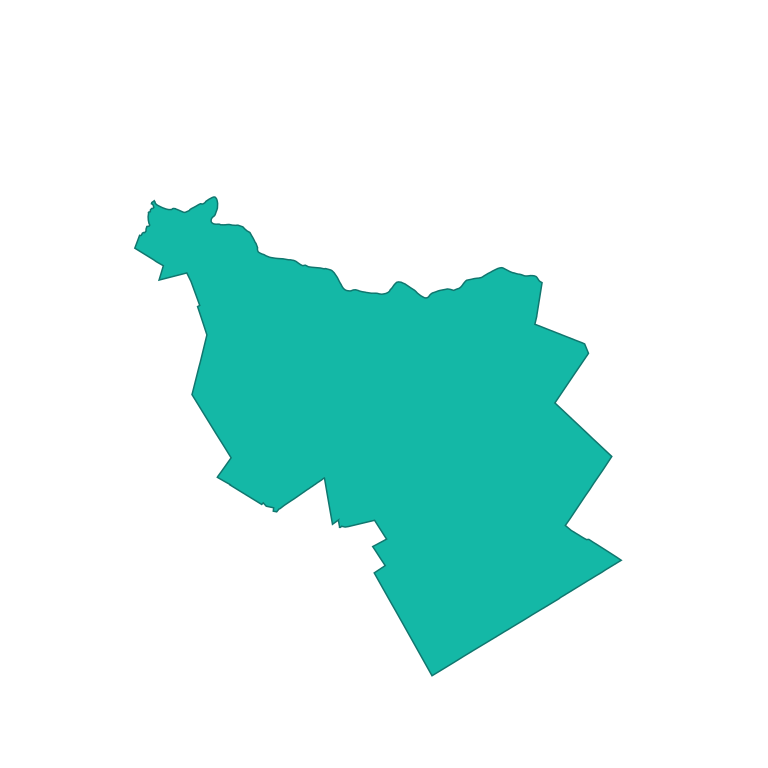 the district of Guerrero, Coahuila, Mexico, rotated 314°
{"feature_id": "50627088B28083225707634", "entity_name": "Guerrero", "entity_type": "district", "adm_level": 2, "iso_a3": "MEX", "parent_name": "Mexico", "parent_adm1": "Coahuila", "projection": "natural_earth1", "projection_center": [-100.347, 28.15], "detail": "fine", "context": "isolated", "style": "filled", "palette": "teal", "viewbox_px": 768, "rotation_deg": 314, "n_neighbors": 0, "source": "geoboundaries", "source_scale": "gbopen_adm2", "svg_char_len": 6112}
<svg xmlns="http://www.w3.org/2000/svg" viewBox="0 0 768 768"><g transform="rotate(314 384 384)"><path d="M422.0,677.1L421.2,672.5L418.3,657.8L416.9,651.0L415.4,644.0L415.0,641.8L414.5,639.3L412.7,637.7L411.7,633.8L408.7,620.3L408.2,612.7L416.4,611.4L443.4,606.5L450.9,605.3L458.1,603.9L474.2,601.2L490.1,598.2L489.7,571.3L489.7,566.9L489.1,520.1L495.3,519.0L523.7,514.0L547.6,509.9L548.1,509.8L552.2,500.5L552.1,500.2L551.2,497.7L548.9,492.3L536.8,463.1L531.8,451.0L538.6,447.0L539.9,446.0L566.7,427.3L566.4,426.1L566.1,424.8L566.1,424.0L566.2,423.1L566.6,421.4L566.9,420.0L566.9,418.7L566.2,417.0L565.0,415.4L563.7,414.0L561.9,412.6L560.4,411.2L559.5,410.1L559.2,409.5L558.2,407.1L557.7,406.2L557.1,405.2L556.2,404.1L555.2,402.3L554.3,400.5L554.1,400.1L553.8,399.8L553.6,399.6L553.3,398.9L552.4,396.7L552.0,395.4L550.7,391.0L550.2,389.2L549.5,387.9L548.0,386.7L546.1,385.6L543.4,384.6L540.6,383.6L538.4,383.0L535.6,382.0L533.6,381.5L531.5,380.9L529.5,380.5L528.3,380.1L526.0,378.6L524.3,377.1L522.4,375.6L520.3,374.3L516.1,371.4L514.6,371.2L511.6,371.4L509.2,371.8L507.5,371.9L505.6,371.7L505.4,371.7L505.1,371.6L502.8,370.4L501.4,369.8L500.4,369.4L500.0,369.3L499.7,369.0L498.2,366.1L497.1,364.5L496.3,363.5L495.2,362.8L492.7,361.0L490.1,359.2L488.4,358.2L486.8,357.5L485.8,357.0L484.6,356.4L483.3,355.7L482.8,355.5L481.1,355.2L480.2,355.2L479.3,355.2L478.7,355.4L477.9,355.5L476.9,355.4L476.0,355.1L475.3,354.6L474.6,353.9L474.1,353.1L474.0,352.7L473.3,350.2L473.0,348.9L472.6,345.2L472.6,344.3L472.7,343.1L472.7,341.7L472.6,340.5L472.4,339.7L471.7,336.2L471.1,332.6L470.8,331.1L470.6,329.7L470.1,328.4L469.7,327.4L469.4,326.5L469.1,325.6L468.4,324.7L467.5,323.5L466.6,322.9L466.0,322.5L464.7,322.4L463.3,322.4L461.8,322.5L459.6,322.9L458.7,323.0L457.6,323.1L456.9,323.0L456.2,323.0L455.5,323.3L454.4,323.5L453.0,323.4L451.6,322.9L450.5,322.5L448.3,321.0L447.0,320.0L445.6,318.1L444.7,316.4L444.1,315.6L442.7,314.1L441.2,312.5L440.8,312.1L440.7,312.1L439.3,310.1L438.1,308.4L437.8,308.0L437.6,307.8L437.0,306.7L435.3,304.3L433.9,301.9L433.4,300.6L432.1,298.2L430.6,296.8L429.6,296.2L428.4,295.7L427.5,295.1L426.7,294.2L425.5,292.5L425.0,291.5L424.7,290.4L424.6,289.1L424.6,288.1L424.8,287.3L425.0,286.2L425.8,283.9L426.4,281.6L427.2,279.3L428.2,276.5L428.4,275.6L429.4,270.8L429.4,267.9L429.1,266.7L428.3,265.1L426.6,262.1L426.4,261.8L426.2,261.5L425.3,261.0L425.2,260.8L423.2,257.6L417.7,250.8L416.4,249.0L415.9,248.3L415.7,247.9L415.5,247.1L414.9,245.1L414.8,244.9L414.2,244.4L413.3,243.8L412.8,243.4L412.5,243.0L411.9,241.0L411.6,239.3L411.4,237.9L411.1,235.7L410.6,234.1L410.0,232.9L409.2,231.8L408.4,230.5L407.0,229.0L406.8,228.7L403.9,224.4L403.3,223.7L402.1,222.3L400.5,220.4L399.0,218.5L397.6,216.5L396.3,214.6L395.6,213.4L394.4,210.4L394.3,210.2L393.7,207.8L393.6,207.6L393.2,206.8L393.0,206.5L392.2,204.4L391.8,202.8L391.7,202.3L391.7,201.7L391.9,201.1L392.1,200.6L392.4,200.2L393.1,199.2L394.1,198.5L394.2,198.4L395.9,194.9L396.2,194.3L396.3,193.7L396.4,193.2L396.4,192.9L397.0,191.4L397.8,189.1L398.3,187.5L398.7,185.9L399.8,182.4L399.8,182.1L399.0,179.2L399.0,178.9L398.8,175.4L398.9,175.1L398.9,174.8L399.0,174.3L399.0,173.7L398.9,173.1L398.7,172.7L397.4,169.9L396.9,168.8L396.5,168.3L395.0,167.0L392.8,164.4L392.1,163.2L391.2,161.8L389.6,160.3L388.3,159.3L386.7,157.7L386.0,156.9L385.6,156.5L385.3,156.2L385.0,155.8L384.8,154.9L384.4,154.3L383.4,153.3L382.5,152.4L381.6,151.4L380.8,150.0L380.5,148.8L380.5,147.7L380.8,146.8L381.5,146.1L382.6,145.3L383.5,145.0L384.3,144.9L384.9,144.8L386.3,145.1L387.8,145.1L389.0,144.7L390.9,143.8L393.0,142.9L394.8,142.0L398.3,138.9L399.8,136.9L400.7,135.3L401.0,134.3L401.1,132.8L401.0,132.5L400.8,132.2L400.2,131.6L398.8,130.9L397.3,130.4L395.1,129.7L392.1,129.1L391.8,129.0L390.4,129.2L390.2,129.2L389.2,129.1L388.6,128.9L387.5,128.5L387.0,128.1L386.5,127.1L386.2,126.8L385.2,126.4L384.1,126.0L381.5,125.3L378.9,124.5L376.9,123.8L375.4,123.4L374.9,123.3L374.5,123.3L374.1,123.4L373.6,123.4L373.1,123.3L370.0,122.0L369.6,121.9L369.1,121.5L368.8,121.2L368.5,120.9L368.2,120.3L366.4,115.4L365.8,113.9L365.4,113.1L365.3,112.5L365.3,112.3L364.2,110.8L363.9,110.5L363.5,110.3L363.2,110.1L362.3,110.1L362.0,110.0L361.7,109.8L361.2,109.3L360.4,108.5L359.7,107.7L358.9,106.4L358.3,105.3L357.7,103.9L357.2,102.8L356.8,101.8L356.2,100.0L355.4,97.4L355.1,96.1L355.1,94.4L355.1,94.1L355.2,93.9L356.0,92.5L356.0,92.4L356.1,91.8L356.2,91.4L355.7,91.4L353.3,90.9L352.1,91.5L352.4,92.3L352.4,93.6L351.1,95.8L349.6,95.7L349.0,95.0L347.1,95.0L345.6,96.2L344.3,95.4L343.7,95.4L343.3,96.0L340.5,98.1L338.1,100.7L336.2,103.5L336.0,104.4L335.2,105.3L334.2,105.3L332.6,104.0L330.2,105.2L328.6,106.6L326.6,106.7L326.1,105.9L324.7,105.4L322.5,106.1L321.8,105.9L321.2,104.9L308.6,110.4L313.3,131.9L313.8,135.2L315.8,143.1L313.9,144.1L309.5,146.4L302.5,150.0L326.9,165.0L323.7,173.9L314.9,192.0L312.5,196.9L310.2,196.1L302.5,210.8L296.3,222.5L272.2,236.6L267.5,239.2L244.5,252.4L243.0,253.2L231.7,297.3L227.8,313.2L224.7,325.3L207.7,327.9L206.2,328.1L204.7,328.3L202.5,328.6L201.1,328.9L202.9,336.1L204.8,343.3L204.4,343.3L206.9,354.8L212.4,379.7L214.6,379.7L214.3,384.2L218.3,390.6L215.6,392.7L217.5,395.6L221.1,395.3L222.2,395.8L227.0,396.5L228.1,396.7L235.5,398.3L238.9,399.1L254.8,402.2L256.3,402.6L259.0,403.1L260.1,403.4L261.1,403.6L262.3,403.8L262.9,403.9L263.6,404.1L264.5,404.3L265.4,404.4L268.4,405.0L268.8,405.2L269.3,405.3L270.3,405.4L271.2,405.7L273.6,406.0L275.0,406.4L275.0,406.5L265.8,419.0L257.4,430.5L247.3,444.4L254.5,445.7L254.3,445.8L250.5,451.1L250.0,451.6L250.4,452.1L251.1,452.3L252.2,452.3L254.1,455.4L256.7,457.4L279.4,471.9L274.5,492.3L274.5,492.6L274.3,493.6L270.6,492.5L270.0,492.3L259.2,488.8L258.4,492.5L256.1,502.4L254.2,511.0L241.3,508.2L236.0,525.9L230.6,544.1L229.3,548.6L224.5,564.7L207.5,621.2L225.8,626.0L231.9,627.6L243.1,630.4L253.8,633.2L274.4,638.7L275.8,639.1L289.6,642.7L293.8,643.9L297.8,644.9L312.4,648.8L320.8,650.9L324.2,651.8L341.2,656.4L344.6,657.3L351.4,659.1L352.8,659.2L369.7,663.6L384.2,667.3L388.6,668.5L393.3,669.7L399.8,671.5L401.7,671.9L404.4,672.5L422.0,677.1Z" fill="#14b8a6" stroke="#0f766e" stroke-width="1.5"/></g></svg>